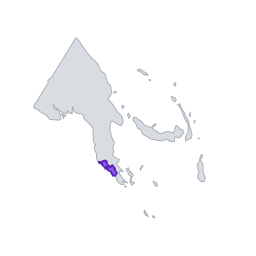 location of Abau District, Central, Papua New Guinea, rotated 33°
{"feature_id": "67681753B18865341537387", "entity_name": "Abau District", "entity_type": "district", "adm_level": 2, "iso_a3": "PNG", "parent_name": "Papua New Guinea", "parent_adm1": "Central", "projection": "albers", "projection_center": [148.82, -10.068], "detail": "fine", "context": "in_parent", "style": "filled", "palette": "violet", "viewbox_px": 256, "rotation_deg": 33, "n_neighbors": 0, "source": "geoboundaries", "source_scale": "gbopen_adm2", "svg_char_len": 7503}
<svg xmlns="http://www.w3.org/2000/svg" viewBox="0 0 256 256"><g transform="rotate(33 128 128)"><path d="M37.1,161.3L36.5,133.9L35.0,131.9L36.3,127.0L35.2,80.9L37.8,81.1L50.7,86.4L59.4,89.2L67.0,90.4L74.0,94.9L79.1,95.1L86.7,101.4L89.8,101.8L95.2,107.2L95.6,111.6L95.0,114.3L103.2,116.9L111.0,120.6L115.2,121.0L117.6,122.3L120.5,125.4L121.0,129.7L119.4,130.5L112.1,130.5L110.1,131.9L113.0,138.6L119.6,144.8L124.5,147.6L126.0,153.1L128.5,154.9L130.1,159.3L132.7,159.8L137.7,159.0L138.5,160.9L137.7,163.7L138.5,164.8L147.6,167.2L144.5,168.6L145.9,171.2L151.9,173.4L155.6,174.3L157.8,174.0L155.2,175.3L152.9,174.9L152.4,175.3L153.4,176.4L155.3,177.5L153.3,179.0L151.3,179.2L147.6,178.2L144.4,175.4L134.5,174.2L131.0,173.0L128.3,173.4L120.2,171.9L117.6,170.0L115.8,167.0L111.0,163.5L109.9,161.8L110.3,159.4L109.0,159.8L106.3,158.1L98.9,147.4L95.1,145.9L85.8,144.1L84.4,142.0L80.1,141.3L79.1,142.7L75.6,143.7L72.6,142.7L69.6,140.1L73.2,146.0L71.9,146.0L72.5,146.9L71.9,147.1L68.0,146.8L69.2,149.3L62.9,150.7L58.1,150.3L55.9,151.0L54.9,150.9L53.7,149.1L51.9,149.5L53.4,149.5L55.3,151.6L59.2,151.2L63.1,152.8L66.4,156.3L66.3,158.7L57.6,163.4L52.5,161.6L45.0,162.2L42.4,161.5L39.1,162.5L37.1,161.3ZM170.3,99.7L172.1,101.0L174.0,99.7L177.5,101.3L176.8,107.2L175.6,108.9L172.6,109.4L172.2,110.3L174.2,113.8L173.3,115.0L170.7,116.3L166.4,116.1L165.2,118.5L162.8,120.7L153.4,124.8L143.3,125.1L140.0,122.5L136.5,123.0L131.8,119.9L127.9,118.6L127.1,117.5L127.2,115.9L128.2,115.0L135.3,115.2L139.7,116.4L145.5,115.7L147.2,114.7L147.8,110.9L148.8,109.4L149.8,110.1L148.5,113.0L149.9,115.7L154.1,114.9L156.7,115.6L158.8,114.8L161.7,110.7L164.1,108.8L168.4,107.9L168.3,104.9L166.9,100.7L167.5,99.5L170.3,99.7ZM221.0,131.0L220.4,132.3L220.2,131.9L218.0,133.1L215.6,132.6L213.4,131.3L211.8,128.8L211.8,126.1L209.4,124.8L206.4,121.4L205.8,119.1L206.1,115.3L210.6,117.6L215.1,124.2L219.4,127.2L221.0,131.0ZM186.6,101.6L183.5,107.4L181.6,105.0L180.9,103.3L180.8,98.8L176.1,91.9L171.1,89.7L161.1,82.6L157.1,81.4L158.1,81.1L158.1,79.4L163.0,83.1L166.1,84.0L170.2,86.9L173.0,87.8L185.2,98.5L186.6,101.6ZM106.0,72.0L115.6,72.2L115.8,73.0L114.5,73.1L112.9,74.6L107.2,74.2L104.6,74.9L104.5,73.9L105.4,73.6L105.2,72.6L106.0,72.0ZM153.9,163.0L155.6,164.0L157.1,163.9L158.2,165.1L158.4,167.0L157.8,167.4L157.3,166.8L152.8,166.4L153.7,165.3L152.8,163.2L153.9,163.0ZM153.2,80.5L149.8,80.4L147.3,78.1L150.6,77.0L153.1,78.1L153.2,80.5ZM160.6,171.4L162.8,170.2L163.3,170.6L162.4,173.6L159.1,172.3L156.9,167.5L160.6,171.4ZM178.2,159.0L181.9,158.5L183.6,159.8L184.1,160.3L183.7,161.6L180.7,161.0L178.2,159.0ZM186.3,187.8L193.0,191.1L190.5,191.6L188.4,190.7L188.1,189.9L187.3,190.2L187.7,189.6L186.3,187.8ZM123.2,119.4L120.2,117.0L120.4,115.3L123.6,116.7L123.2,119.4ZM151.7,164.8L150.8,164.9L148.8,163.2L150.0,161.2L151.4,162.0L151.7,164.8ZM205.1,115.2L203.9,111.2L205.0,110.0L206.2,112.5L205.1,115.2ZM112.7,114.6L110.6,113.0L112.1,111.6L113.1,112.3L112.7,114.6ZM144.9,66.8L143.7,67.1L142.1,65.8L142.6,64.4L144.4,65.3L144.9,66.8ZM98.7,104.9L97.5,106.3L96.6,105.3L98.0,103.7L98.7,104.9ZM161.2,151.6L161.2,156.3L160.3,155.4L160.8,153.4L159.8,152.8L161.2,151.6ZM67.2,153.2L69.2,155.2L64.3,152.1L67.2,153.2ZM68.9,152.7L66.2,152.0L65.7,151.4L68.8,151.6L68.9,152.7ZM199.4,188.4L199.2,189.1L197.4,189.2L196.2,188.2L197.4,188.5L197.2,187.8L199.4,188.4ZM180.6,85.4L180.7,87.6L179.4,86.0L180.6,85.4ZM173.9,84.1L173.4,84.7L172.1,83.2L172.4,82.8L173.9,84.1ZM158.4,178.1L158.2,179.1L157.0,178.6L157.1,178.0L158.4,178.1ZM172.8,82.4L171.9,82.7L172.0,81.2L172.8,82.4ZM120.8,75.3L120.9,76.4L119.5,76.2L120.8,75.3ZM193.2,97.8L193.0,98.8L192.3,98.5L193.2,97.8Z" fill="#d9dde1" stroke="#a8b0b8" stroke-width="1"/><path d="M134.9,167.9L134.8,168.0L134.7,168.1L134.6,168.3L134.6,168.6L134.7,168.8L134.8,169.2L134.8,169.3L134.9,169.2L135.0,169.4L135.0,169.5L135.1,170.0L134.8,170.0L134.6,169.9L134.5,170.2L134.4,170.1L133.9,170.1L133.7,170.3L133.7,170.2L133.3,170.2L133.2,170.2L133.3,170.3L133.2,170.5L132.8,170.7L132.7,170.5L132.7,170.3L132.7,170.2L132.4,170.4L132.0,170.3L131.9,170.3L131.9,170.2L131.7,170.3L131.6,170.2L131.4,169.9L131.2,169.9L130.7,169.6L130.4,169.7L130.2,169.7L129.9,169.3L129.5,169.2L129.5,168.9L129.3,168.8L129.1,168.8L128.9,168.7L129.0,168.6L129.0,168.4L128.9,168.3L128.5,168.0L128.5,167.9L128.4,168.0L128.1,167.9L127.8,167.6L127.7,167.7L127.6,167.9L127.5,168.0L127.4,168.1L127.3,167.9L127.2,167.9L127.1,168.0L127.0,167.8L126.9,167.8L126.8,167.7L126.7,167.7L126.6,167.8L126.4,168.0L126.3,167.9L126.1,167.8L124.4,170.1L124.2,171.3L123.1,171.4L122.1,172.2L122.3,172.3L122.3,172.2L122.3,172.3L122.4,172.5L122.6,172.6L122.4,172.7L122.7,172.8L122.7,173.0L122.8,173.1L123.0,173.0L123.2,172.8L123.5,172.7L123.7,172.8L123.8,172.7L124.4,172.7L124.5,172.7L125.1,172.1L125.0,171.9L124.8,172.0L125.0,171.9L125.1,172.0L125.1,171.9L125.3,171.8L125.4,171.7L125.5,171.4L125.9,171.3L126.0,171.3L125.8,171.3L125.8,171.5L125.6,171.8L125.4,171.8L125.3,172.1L125.2,172.2L125.3,172.3L125.6,172.2L125.8,172.4L126.0,172.5L126.2,172.4L126.2,172.6L126.4,172.8L126.5,172.7L126.9,172.7L127.1,172.8L127.1,172.7L127.2,173.2L127.4,173.3L127.6,173.3L127.8,173.4L128.0,173.6L128.3,173.5L128.8,173.6L129.3,173.5L129.8,173.3L129.6,173.3L129.9,173.2L130.0,173.1L130.2,173.4L130.2,173.2L130.2,173.3L130.3,173.3L130.6,173.3L130.6,173.2L130.7,173.3L130.8,173.3L131.0,173.4L131.2,173.2L131.3,173.1L131.5,173.0L131.4,172.9L131.5,172.9L131.5,172.7L131.4,172.6L131.5,172.6L131.6,172.8L131.6,172.7L131.4,172.5L131.5,172.4L131.5,172.5L132.0,172.6L131.7,172.7L131.7,172.9L131.9,172.8L132.0,173.0L132.3,173.0L132.3,172.8L132.4,172.7L132.5,172.7L132.6,172.8L132.8,172.8L132.7,172.8L132.4,173.1L132.5,173.1L132.7,173.3L132.6,173.2L132.4,173.1L132.1,173.2L132.0,173.4L131.8,173.4L132.0,173.4L132.2,173.5L132.2,173.4L132.2,173.5L132.3,173.5L132.5,173.6L132.4,173.6L132.2,173.5L132.2,173.8L132.1,174.0L132.3,173.9L132.6,173.9L132.8,174.1L133.1,174.0L133.7,173.9L134.1,174.0L134.5,174.2L134.8,174.6L135.3,174.2L135.7,174.0L136.0,174.0L136.4,173.9L136.5,173.9L136.4,174.0L136.9,174.0L137.3,174.1L137.5,174.3L137.9,174.4L138.3,174.5L138.6,174.8L138.6,174.7L138.7,174.8L138.9,174.8L139.2,174.9L139.4,174.8L139.5,174.6L139.8,174.6L140.0,174.8L140.0,174.7L140.2,174.8L140.3,174.9L140.3,175.0L140.2,175.0L140.3,175.1L140.4,174.9L140.5,174.9L140.5,175.1L140.8,175.3L140.5,175.3L140.4,175.4L140.5,175.4L140.9,175.5L140.9,175.4L140.8,175.2L141.0,175.1L141.3,175.3L141.2,175.5L141.3,175.6L141.5,175.6L141.4,175.5L141.2,175.5L141.3,175.4L141.6,175.4L141.7,175.5L141.8,175.6L141.9,175.4L142.0,175.4L142.4,175.3L142.6,175.4L142.8,175.3L143.4,175.3L143.4,171.5L141.8,171.5L141.5,171.3L141.4,171.0L140.9,171.0L140.9,170.9L140.9,170.7L140.5,170.7L140.3,170.7L140.2,170.7L140.1,170.4L139.0,170.3L139.1,170.0L139.1,169.8L139.2,169.7L139.3,169.5L139.4,169.4L139.5,169.3L139.4,169.2L139.1,169.2L138.9,169.2L138.7,169.0L138.4,169.1L138.3,168.7L138.2,168.7L138.1,168.8L138.0,168.6L137.9,168.6L137.7,168.5L137.4,168.2L137.2,168.3L137.1,168.2L136.7,167.9L136.5,168.1L136.4,168.1L136.2,168.2L136.0,168.6L135.8,168.5L135.3,168.4L135.2,168.4L135.1,168.1L134.9,168.0L134.9,167.9ZM132.0,173.2L131.7,173.2L131.7,173.3L131.8,173.4L132.0,173.3L132.0,173.2L132.0,173.2ZM132.5,172.9L132.4,172.8L132.5,172.9ZM132.0,173.4L131.9,173.5L132.0,173.6L132.0,173.4ZM139.6,175.7L139.5,175.8L139.6,175.7ZM140.8,175.9L140.7,175.9L140.8,176.0L140.8,175.9ZM131.7,173.3L131.6,173.2L131.6,173.3L131.7,173.3ZM139.5,175.3L139.4,175.3L139.5,175.3ZM131.8,172.6L131.7,172.6L131.8,172.6Z" fill="#8b5cf6" stroke="#5b21b6" stroke-width="1.5"/></g></svg>